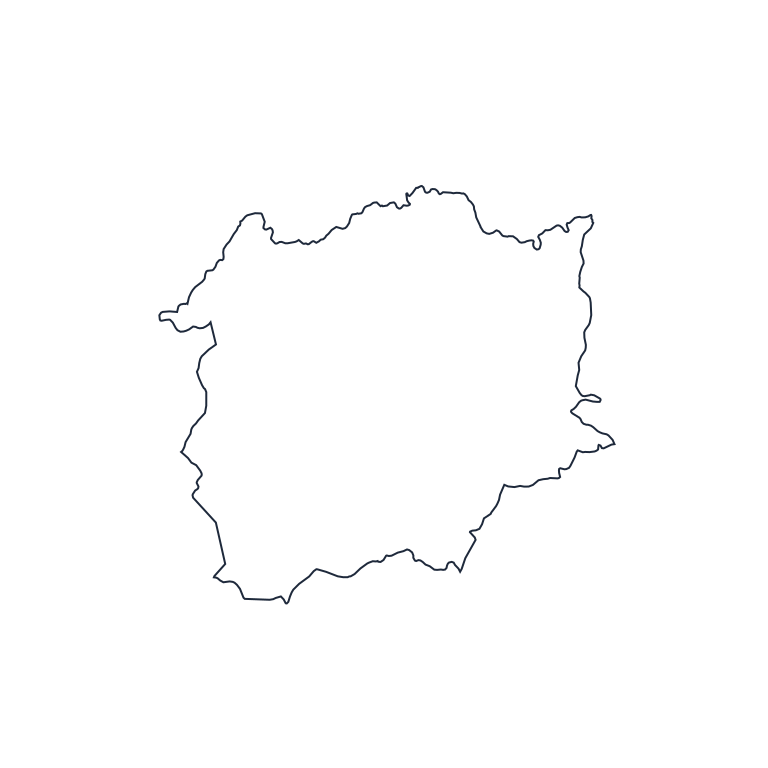 the district of Mulevala, Zambezia, Mozambique, rotated 304°
{"feature_id": "85939544B54372279750556", "entity_name": "Mulevala", "entity_type": "district", "adm_level": 2, "iso_a3": "MOZ", "parent_name": "Mozambique", "parent_adm1": "Zambezia", "projection": "orthographic", "projection_center": [37.65, -16.373], "detail": "fine", "context": "isolated", "style": "outline", "palette": "slate", "viewbox_px": 768, "rotation_deg": 304, "n_neighbors": 0, "source": "geoboundaries", "source_scale": "gbopen_adm2", "svg_char_len": 6154}
<svg xmlns="http://www.w3.org/2000/svg" viewBox="0 0 768 768"><g transform="rotate(304 384 384)"><path d="M438.3,174.0L436.6,175.3L434.9,175.9L433.0,175.1L429.3,175.9L424.3,175.6L415.8,176.2L411.6,175.5L406.2,175.6L403.3,177.0L399.7,180.0L397.7,181.0L396.2,180.6L395.3,178.8L394.2,178.1L390.9,177.7L386.9,178.7L383.4,178.6L382.3,178.1L379.1,174.3L377.9,173.8L375.2,174.4L371.1,176.4L369.9,176.4L367.1,176.1L358.8,173.3L355.2,172.9L352.0,173.0L346.9,173.8L340.6,176.2L340.7,175.4L339.4,174.8L338.6,173.3L336.2,170.9L334.3,170.3L333.3,170.2L328.0,172.2L324.3,165.6L320.0,160.2L318.4,159.3L315.4,159.3L312.2,162.0L311.6,163.1L312.1,164.3L315.3,167.4L317.3,169.9L317.6,170.8L316.8,174.6L314.0,179.9L313.1,182.7L313.5,186.0L315.5,188.5L317.5,190.2L320.3,191.9L324.9,193.6L326.1,196.1L326.3,197.9L327.1,200.0L329.3,202.6L332.0,204.1L335.5,205.5L338.2,205.7L322.8,222.6L314.6,219.5L305.1,217.4L302.2,217.6L298.1,219.1L293.5,221.4L289.5,222.1L285.6,227.0L281.3,233.8L279.8,237.0L279.7,238.5L277.9,241.2L266.6,248.8L259.8,251.8L249.9,250.3L246.1,250.2L242.5,249.4L240.1,249.4L238.5,249.7L234.5,251.5L224.9,252.0L220.3,253.7L217.0,254.2L215.5,254.2L214.2,253.8L213.0,263.0L211.1,268.3L211.7,273.7L209.4,280.1L208.0,282.6L207.2,283.4L206.0,284.0L200.3,283.3L197.8,283.7L197.2,284.1L195.3,287.5L193.7,288.2L192.6,288.1L190.0,287.0L185.9,287.1L184.8,287.4L183.0,289.3L175.1,322.1L146.0,353.0L130.0,350.8L128.6,351.1L129.6,353.1L129.9,354.7L129.5,358.0L129.8,361.7L134.0,366.4L135.4,369.3L135.7,371.2L135.3,374.3L133.6,379.2L128.3,387.0L128.0,388.7L141.2,409.9L143.7,412.5L146.1,413.9L150.2,417.3L149.3,421.4L147.4,424.8L147.3,425.4L147.7,426.1L149.9,426.5L155.2,424.9L159.6,424.0L162.8,423.8L170.9,425.4L182.6,429.6L189.6,430.4L192.6,431.5L193.1,432.4L195.9,441.0L198.7,453.2L201.1,458.4L203.5,461.9L205.0,462.8L205.9,463.9L210.0,465.9L217.9,467.6L225.9,470.5L227.6,471.5L230.8,473.8L232.4,476.6L233.7,477.7L233.4,478.2L233.8,479.4L234.6,480.7L237.8,482.0L242.8,481.8L243.4,482.2L244.1,484.2L245.9,486.3L251.9,489.7L256.3,493.6L259.7,495.6L260.4,497.8L260.1,501.5L258.3,504.2L256.3,505.5L254.9,508.4L255.2,509.6L257.3,511.1L258.1,512.9L258.1,515.6L257.5,519.4L258.5,523.8L258.2,529.5L259.6,532.0L262.0,534.9L263.0,537.0L264.3,538.4L266.5,538.7L268.6,537.8L270.8,537.4L272.3,537.7L274.4,539.6L274.9,541.7L273.7,544.0L272.6,549.0L270.9,552.1L274.2,551.8L285.1,548.8L306.0,547.1L307.5,545.1L309.2,538.1L309.7,537.9L311.8,539.2L314.1,542.0L317.3,544.1L322.6,543.7L328.5,542.0L336.0,545.1L337.4,544.8L345.5,545.2L348.3,544.9L352.1,544.2L357.2,542.1L367.7,540.1L368.5,544.2L371.5,549.8L375.6,553.8L377.3,557.6L379.9,561.3L383.6,563.9L390.6,565.9L394.1,569.2L397.0,572.7L398.9,574.2L402.9,580.8L403.9,581.6L405.4,582.0L408.2,578.9L410.4,577.2L411.6,576.7L412.7,577.2L414.2,581.3L415.4,582.7L418.0,584.3L420.5,584.3L429.6,583.1L435.7,581.6L437.3,581.7L438.6,587.0L440.2,588.8L442.4,592.4L445.9,596.4L447.6,597.5L449.4,598.1L453.1,596.1L453.6,596.1L454.0,597.9L452.7,600.5L453.5,602.1L461.0,606.5L463.0,608.7L465.5,604.8L466.9,598.9L466.8,596.7L465.2,592.7L464.6,589.8L464.4,587.4L465.2,581.7L465.2,578.9L464.3,575.9L463.4,574.5L462.6,571.7L463.1,569.2L464.8,566.6L465.3,565.0L465.0,556.5L465.4,554.9L465.9,554.3L467.0,554.1L469.3,555.2L472.5,555.9L478.0,556.0L480.3,556.7L481.4,557.5L483.8,559.9L486.3,567.0L488.3,570.6L489.8,572.8L491.6,572.6L492.4,572.1L492.7,571.2L492.2,564.6L490.8,561.4L489.8,560.9L486.1,557.2L485.2,555.4L485.2,553.9L486.0,551.3L489.5,544.2L499.5,539.8L504.8,538.0L510.4,533.4L517.3,532.0L524.3,532.0L526.8,531.0L529.3,529.5L534.4,524.3L538.8,521.1L541.3,520.6L547.4,520.8L549.7,520.4L557.0,517.3L567.1,509.8L570.2,506.8L570.9,505.6L572.2,499.9L572.3,497.6L573.2,492.0L575.1,491.0L576.4,489.7L581.6,486.8L582.7,485.6L586.7,484.0L591.6,482.6L595.5,482.1L597.8,480.4L603.3,473.3L605.7,471.9L608.8,471.0L614.7,468.2L619.9,466.4L628.7,468.4L634.6,467.4L634.9,466.1L636.5,465.1L637.3,463.2L639.3,462.2L640.0,461.2L639.6,460.7L637.1,459.6L634.6,457.5L632.5,454.5L632.0,452.8L630.4,451.0L628.3,449.3L622.0,448.0L621.0,447.5L619.9,446.0L618.3,446.3L616.3,448.7L614.8,451.1L612.9,451.2L611.9,450.0L611.8,448.2L613.3,444.3L613.5,441.3L612.9,439.6L611.8,438.5L604.9,435.7L603.1,433.9L601.8,431.8L597.3,431.0L594.0,429.2L592.2,429.6L590.7,432.5L588.8,435.0L587.1,436.0L583.6,437.1L582.2,436.8L580.9,435.5L580.9,432.6L581.9,430.7L583.6,429.3L585.8,428.5L586.3,427.5L585.6,425.9L584.2,424.3L582.1,422.4L580.3,421.4L578.0,418.9L577.4,417.0L578.5,413.0L578.6,408.4L576.3,404.7L575.3,404.1L573.4,400.3L573.3,399.0L574.8,394.2L574.4,391.5L573.9,391.1L570.4,389.8L567.3,387.3L566.3,384.9L566.0,381.1L568.2,376.1L568.5,376.0L573.7,367.3L577.2,363.9L579.2,361.1L581.5,359.2L582.5,357.4L583.5,354.3L583.7,351.3L585.8,347.8L586.6,344.8L586.4,343.2L585.5,342.2L584.7,339.9L582.9,337.0L580.9,334.8L580.0,332.5L576.0,325.7L573.4,324.8L572.6,324.2L572.6,322.9L573.6,321.3L574.0,319.7L574.1,318.2L574.0,317.3L572.7,315.1L571.5,314.2L569.0,314.4L566.9,313.1L566.2,312.0L566.3,310.5L569.1,306.7L569.3,304.6L568.3,303.6L567.2,303.2L566.3,302.4L565.5,302.4L564.6,301.0L558.2,300.8L554.2,300.1L553.8,298.7L555.0,296.8L554.6,296.2L554.0,296.2L549.2,300.5L548.2,302.8L547.8,304.8L547.1,305.1L545.8,304.5L544.6,303.3L543.1,300.2L539.7,299.8L538.3,299.1L537.8,298.2L537.8,295.9L539.9,292.5L540.1,290.6L537.4,287.8L533.7,286.8L530.7,283.6L530.8,282.5L529.5,281.7L530.5,276.4L528.9,274.4L527.9,273.6L524.5,272.5L522.0,270.4L520.1,269.4L518.3,269.3L514.5,270.0L512.9,269.8L510.9,267.7L510.6,266.5L509.4,265.8L506.9,262.9L506.1,262.8L502.1,263.6L498.0,265.1L493.8,265.2L491.6,264.7L489.5,262.9L487.5,256.6L482.4,254.5L477.5,254.0L474.7,253.2L472.5,253.3L470.1,252.7L468.2,250.8L465.9,250.3L463.2,248.9L463.1,245.9L462.7,245.3L461.5,244.6L458.0,243.5L457.2,242.7L456.9,240.7L455.4,239.2L455.1,238.0L455.7,232.8L453.4,231.8L451.9,230.7L446.7,225.3L445.5,223.5L444.6,219.7L443.3,218.0L441.0,216.9L440.0,216.0L439.7,215.0L441.0,209.4L441.8,208.7L447.6,207.1L449.1,205.7L449.8,204.4L450.0,202.4L446.2,200.1L445.6,198.9L445.9,196.8L446.9,196.2L451.8,194.4L456.5,187.8L456.6,186.6L453.5,181.6L447.4,176.3L445.2,175.5L440.1,175.0L438.3,174.0Z" fill="none" stroke="#1e293b" stroke-width="2"/></g></svg>